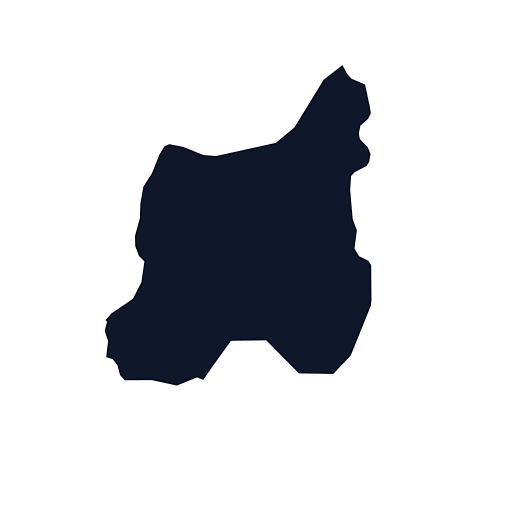 the district of Bandundu, Bandundu, Democratic Republic of the Congo, rotated 60°
{"feature_id": "63176286B76945459106625", "entity_name": "Bandundu", "entity_type": "district", "adm_level": 2, "iso_a3": "COD", "parent_name": "Democratic Republic of the Congo", "parent_adm1": "Bandundu", "projection": "natural_earth1", "projection_center": [17.431, -3.316], "detail": "fine", "context": "isolated", "style": "filled", "palette": "ink", "viewbox_px": 512, "rotation_deg": 60, "n_neighbors": 0, "source": "geoboundaries", "source_scale": "gbopen_adm2", "svg_char_len": 1359}
<svg xmlns="http://www.w3.org/2000/svg" viewBox="0 0 512 512"><g transform="rotate(60 256 256)"><path d="M388.8,224.0L356.0,182.0L351.5,178.7L321.3,161.6L316.5,161.9L312.8,164.3L307.9,167.6L304.1,167.7L298.5,167.7L283.8,156.5L273.6,154.8L272.1,154.5L269.5,153.3L245.5,142.1L235.7,135.5L233.7,134.2L232.0,128.8L232.5,115.2L230.2,111.2L224.7,106.6L217.5,105.6L213.9,106.6L206.7,108.4L201.0,106.4L198.7,104.4L194.6,100.8L192.6,90.8L189.4,85.9L189.1,85.7L183.7,83.6L167.3,78.3L162.2,76.7L159.4,78.8L150.5,85.4L148.4,85.9L143.7,86.8L134.8,86.5L137.9,109.0L141.5,115.6L153.0,136.8L164.6,158.2L168.7,182.4L150.1,241.1L149.0,242.7L147.4,245.0L143.0,251.4L138.0,255.4L125.9,264.8L116.5,275.5L116.0,280.2L117.4,282.7L120.3,288.2L133.0,304.4L136.0,310.2L140.2,318.3L153.1,329.2L158.0,332.3L165.7,337.1L178.4,350.0L180.7,351.3L184.1,353.2L187.3,354.9L191.6,355.6L197.6,356.6L203.5,354.9L205.0,354.5L206.4,355.6L222.2,368.0L226.8,375.3L232.3,383.9L233.5,400.1L234.1,409.5L236.7,417.5L238.5,416.8L240.9,419.2L245.6,423.8L251.1,424.9L256.2,426.0L261.6,430.1L268.6,435.3L273.4,430.9L281.7,429.9L284.9,430.8L291.2,432.5L294.0,431.9L297.5,431.1L310.8,407.8L327.9,389.0L329.2,379.5L329.3,378.7L330.9,367.4L335.0,364.1L336.0,363.4L329.0,348.8L316.1,320.0L333.6,288.7L378.6,276.9L396.0,247.9L392.3,235.7L388.8,224.0Z" fill="#0f172a" stroke="#020617" stroke-width="1.5"/></g></svg>